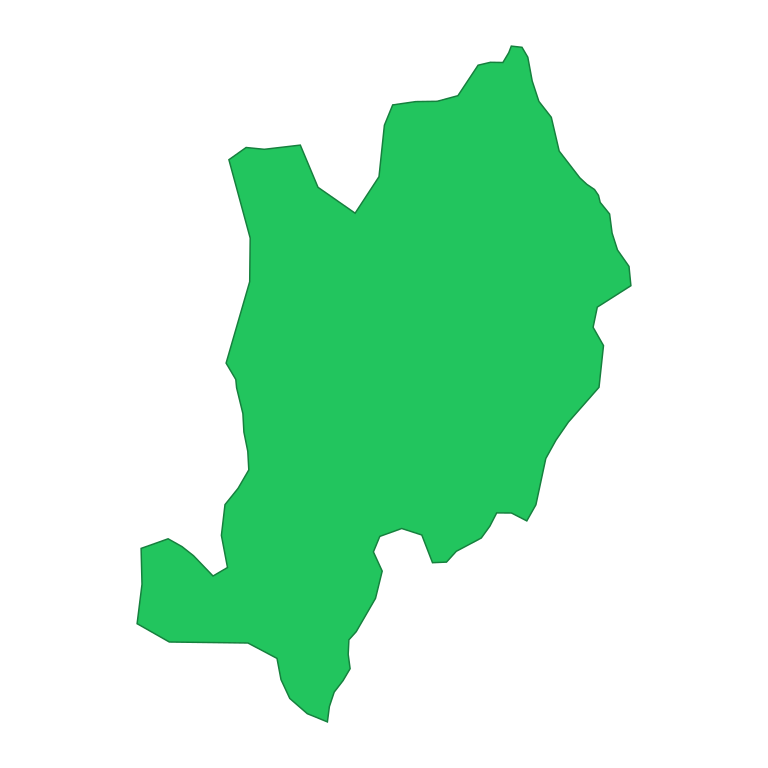 an SVG outline of Ebonyi
{"feature_id": "NGA-2863", "entity_name": "Ebonyi", "entity_type": "State", "adm_level": 1, "iso_a3": "NGA", "parent_name": "Nigeria", "parent_adm1": "", "projection": "robinson", "projection_center": [8.009, 6.241], "detail": "fine", "context": "isolated", "style": "filled", "palette": "green", "viewbox_px": 768, "rotation_deg": 0, "n_neighbors": 0, "source": "natural_earth", "source_scale": "10m", "svg_char_len": 1203}
<svg xmlns="http://www.w3.org/2000/svg" viewBox="0 0 768 768"><path d="M551.3,117.3L559.2,151.1L579.8,177.8L586.8,184.3L594.5,189.5L598.5,195.4L600.2,202.4L609.6,214.0L612.1,233.1L617.5,250.0L629.0,266.4L630.9,285.7L597.3,307.1L593.1,327.3L603.5,345.6L599.0,387.3L568.4,422.1L556.0,440.1L545.8,458.5L535.9,504.8L526.8,520.9L511.4,513.0L496.7,512.9L489.9,526.1L481.3,538.0L456.3,551.3L446.5,562.1L432.5,562.7L421.8,535.0L401.7,528.5L379.8,536.4L373.4,551.9L382.2,571.1L375.5,598.4L356.2,631.7L348.9,639.8L348.2,654.3L350.1,668.7L343.0,680.7L334.2,692.1L329.4,706.5L327.4,721.9L307.3,713.7L289.8,698.5L281.0,679.6L277.0,658.4L247.9,643.0L169.3,642.0L137.1,623.7L142.0,584.3L141.1,548.4L168.1,538.8L182.1,546.7L193.6,555.8L213.0,576.0L227.5,567.5L221.4,535.4L225.0,504.6L238.1,488.3L248.8,469.9L247.8,451.4L243.9,432.1L242.9,413.6L236.6,387.8L235.8,379.5L226.1,363.1L249.7,281.7L250.2,238.1L228.9,159.7L246.1,147.5L264.3,149.3L300.3,145.1L318.0,187.3L355.1,213.2L379.0,176.7L384.4,125.2L392.7,104.9L415.8,101.6L437.1,101.3L457.9,95.7L478.1,65.2L490.4,62.3L502.9,62.5L508.8,52.6L511.3,46.1L522.0,47.3L527.8,57.2L532.2,81.0L538.9,101.4L551.3,117.3Z" fill="#22c55e" stroke="#15803d" stroke-width="1.5"/></svg>